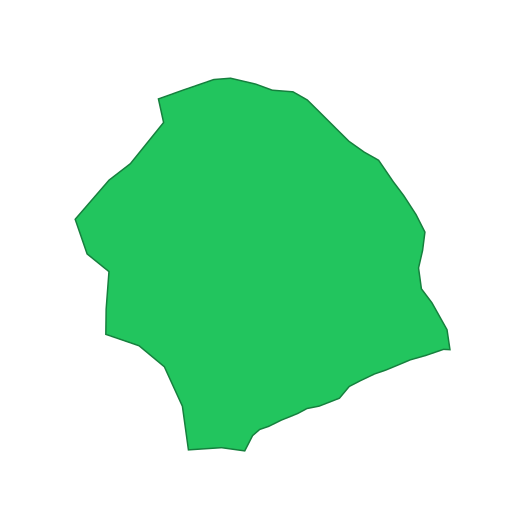 outline of Goufes, Cyprus, rotated 161°
{"feature_id": "46923920B80700863058224", "entity_name": "Goufes", "entity_type": "district", "adm_level": 2, "iso_a3": "CYP", "parent_name": "Cyprus", "parent_adm1": "", "projection": "natural_earth1", "projection_center": [33.693, 35.284], "detail": "fine", "context": "isolated", "style": "filled", "palette": "green", "viewbox_px": 512, "rotation_deg": 161, "n_neighbors": 0, "source": "geoboundaries", "source_scale": "gbopen_adm2", "svg_char_len": 814}
<svg xmlns="http://www.w3.org/2000/svg" viewBox="0 0 512 512"><g transform="rotate(161 256 256)"><path d="M383.0,94.7L351.0,86.0L330.1,75.4L317.7,87.3L309.0,90.8L299.4,90.8L285.4,92.6L267.9,93.5L257.5,95.2L245.2,93.5L223.4,94.4L210.3,102.3L198.1,104.1L182.4,105.9L170.2,105.9L157.1,106.7L144.0,107.6L127.4,106.7L109.1,106.7L103.1,104.3L99.4,124.1L104.9,154.5L110.3,171.1L106.2,191.8L96.7,207.0L88.5,223.6L91.2,243.0L96.7,265.1L102.1,281.7L108.9,306.6L119.9,319.0L130.8,334.2L139.0,350.8L148.5,370.2L156.7,386.8L167.6,399.2L186.7,407.5L200.3,418.6L222.2,432.4L238.5,436.6L269.9,436.6L297.1,436.3L299.9,412.3L344.7,384.2L370.2,375.6L415.0,349.6L415.0,312.9L400.1,289.1L415.0,254.5L423.5,230.8L395.8,209.2L378.7,181.1L376.6,159.5L374.5,137.9L383.0,94.7Z" fill="#22c55e" stroke="#15803d" stroke-width="1.5"/></g></svg>